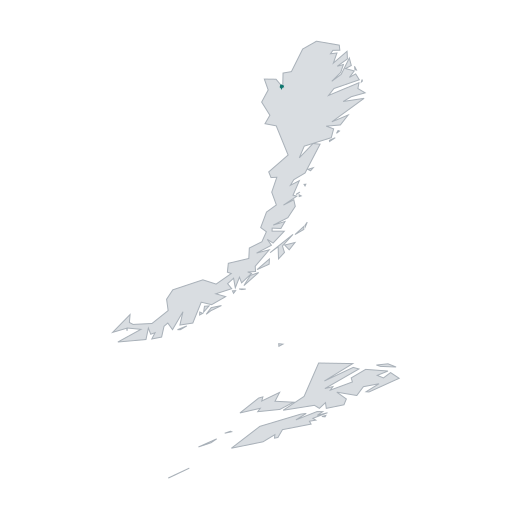 location of Frogn nor, Akershus, Norway, rotated 158°
{"feature_id": "86288312B20700127257552", "entity_name": "Frogn nor", "entity_type": "district", "adm_level": 2, "iso_a3": "NOR", "parent_name": "Norway", "parent_adm1": "Akershus", "projection": "natural_earth1", "projection_center": [10.666, 59.695], "detail": "fine", "context": "in_parent", "style": "filled", "palette": "teal", "viewbox_px": 512, "rotation_deg": 158, "n_neighbors": 0, "source": "geoboundaries", "source_scale": "gbopen_adm2", "svg_char_len": 4721}
<svg xmlns="http://www.w3.org/2000/svg" viewBox="0 0 512 512"><g transform="rotate(158 256 256)"><path d="M303.5,244.9L285.5,249.0L288.6,251.7L284.4,259.6L263.6,256.4L259.2,265.9L245.2,267.0L237.3,274.6L241.0,280.6L229.8,292.8L218.0,295.7L217.5,309.3L207.2,321.2L212.7,323.1L212.7,329.2L188.4,337.6L188.5,369.1L198.1,375.3L190.4,381.3L193.1,396.6L182.5,405.4L182.0,416.9L171.2,412.4L168.0,402.4L162.4,415.5L154.1,413.7L135.2,430.4L119.5,432.5L99.8,420.3L101.2,415.4L107.6,417.9L111.2,415.6L104.9,413.9L112.0,405.9L94.9,411.7L97.4,404.5L109.6,401.5L103.2,400.8L108.8,394.4L120.3,389.6L109.0,392.5L95.3,404.6L96.3,396.9L102.8,396.3L95.6,390.8L102.5,386.6L95.4,387.5L94.2,380.7L121.0,382.1L128.6,377.7L95.6,378.1L98.8,373.1L93.7,366.4L107.9,368.0L117.3,366.6L96.7,361.7L135.4,352.0L117.7,352.2L128.7,345.9L142.3,350.1L136.4,344.8L141.9,337.5L170.1,339.8L179.1,330.8L161.0,338.9L154.7,335.7L179.4,314.6L192.4,312.6L197.6,308.7L187.6,309.6L198.9,298.5L195.7,296.2L211.5,292.9L199.9,294.0L201.0,287.3L212.1,279.6L228.5,278.2L216.2,277.1L222.6,272.2L230.6,275.8L231.8,273.0L220.5,268.4L235.3,261.6L239.3,267.2L237.7,260.2L254.4,258.5L241.4,256.8L260.6,246.8L262.2,241.8L269.7,244.3L266.6,241.5L279.4,236.5L279.3,242.5L287.1,234.3L285.1,243.8L292.7,241.0L290.8,234.8L307.4,236.0L299.4,229.7L315.4,227.5L324.1,233.7L339.7,217.5L352.4,220.5L344.6,231.7L361.0,219.0L362.9,226.9L367.6,225.3L373.9,216.2L383.7,218.1L378.3,222.7L382.9,222.9L382.8,229.5L389.3,219.8L416.3,228.0L390.2,231.1L402.2,237.4L417.5,238.9L394.7,248.9L398.3,241.8L395.6,238.6L377.7,232.4L357.9,238.3L355.1,249.4L345.8,255.8L314.2,253.8L303.5,244.9ZM230.2,85.1L247.9,88.4L246.5,94.0L254.3,91.0L257.8,95.7L288.6,102.8L264.0,107.8L238.0,133.3L206.6,120.0L239.4,114.5L207.6,116.3L202.9,112.7L241.8,107.3L233.6,106.1L237.3,103.8L213.8,103.1L213.4,107.3L196.8,109.8L176.7,99.9L188.3,99.9L183.5,95.2L174.9,97.5L169.1,89.0L202.2,87.6L204.8,88.9L189.8,91.5L205.4,94.6L214.8,88.9L232.1,99.5L225.8,89.6L230.2,85.1ZM267.9,79.5L296.5,85.1L303.7,79.5L307.1,80.2L305.4,83.3L319.1,81.1L350.8,87.0L316.3,96.6L273.6,92.6L268.4,91.2L280.4,89.1L257.7,88.9L252.4,86.7L258.9,85.3L248.4,83.9L264.1,84.2L262.0,81.4L268.4,82.8L267.9,79.5ZM291.3,104.8L312.7,111.0L309.1,113.2L329.7,116.5L306.7,123.3L302.4,122.8L305.0,119.4L285.2,120.7L292.8,114.2L276.0,106.4L291.3,104.8ZM232.0,256.3L241.7,253.8L213.6,262.2L227.7,255.4L228.3,248.6L236.2,244.9L232.0,256.3ZM246.9,243.5L260.1,243.0L244.7,248.2L246.9,243.5ZM259.7,239.7L278.3,233.1L268.6,240.1L259.7,239.7ZM167.7,100.6L181.9,107.0L185.2,109.8L174.0,106.6L167.7,100.6ZM222.9,249.3L225.3,255.4L214.8,253.9L222.9,249.3ZM324.0,220.6L316.9,224.9L306.6,223.0L318.3,222.2L324.0,220.6ZM325.5,223.7L322.6,228.7L318.2,227.3L325.5,223.7ZM201.7,262.7L211.8,261.3L200.8,265.4L201.7,262.7ZM419.8,83.1L397.3,84.3L420.5,82.9L419.8,83.1ZM367.6,99.7L380.9,100.5L360.9,101.2L367.6,99.7ZM346.3,217.1L353.8,216.0L356.4,217.1L346.3,217.1ZM330.4,222.4L329.1,225.1L326.9,222.8L330.4,222.4ZM290.8,229.8L290.9,232.5L287.9,231.5L290.8,229.8ZM268.6,163.7L267.8,166.2L264.1,164.2L268.6,163.7ZM351.4,103.4L345.3,103.1L344.5,102.2L351.4,103.4ZM173.5,314.6L175.5,316.9L169.9,316.4L173.5,314.6ZM277.9,229.2L281.8,230.2L284.0,231.8L277.9,229.2ZM252.3,81.0L255.0,82.5L251.0,82.0L252.3,81.0ZM144.6,335.8L138.2,336.0L144.9,334.6L144.6,335.8ZM135.4,339.6L132.9,341.6L131.8,340.6L135.4,339.6ZM199.2,266.0L195.8,268.2L199.5,264.5L199.2,266.0ZM94.4,391.7L93.6,395.0L93.2,390.8L94.4,391.7ZM193.1,296.6L191.6,294.8L193.7,294.9L193.1,296.6ZM403.6,234.9L403.0,237.1L402.7,236.7L403.6,234.9ZM194.9,298.4L191.3,298.8L195.7,297.9L194.9,298.4ZM184.3,302.6L184.6,304.4L182.9,303.9L184.3,302.6ZM93.1,377.9L91.5,379.9L91.9,378.3L93.1,377.9Z" fill="#d9dde1" stroke="#a8b0b8" stroke-width="1"/><path d="M169.1,404.5L169.1,404.4L169.0,404.2L169.3,404.1L169.5,404.1L169.6,403.9L169.8,403.8L169.9,403.7L170.0,403.5L170.0,403.4L169.9,403.3L169.7,403.2L169.6,403.3L169.5,403.2L169.7,402.9L169.6,402.7L169.4,402.6L169.5,402.6L169.5,402.4L169.5,402.2L169.5,402.3L169.5,402.2L169.4,402.3L169.2,402.4L168.9,402.4L168.7,402.5L168.5,402.8L168.5,403.0L168.4,403.1L168.2,403.1L167.9,403.0L167.9,403.3L168.0,403.3L168.0,403.5L168.2,403.8L168.3,403.9L168.2,403.8L168.3,403.8L168.3,403.7L168.5,403.5L168.6,403.4L168.6,403.5L168.4,403.6L168.5,403.6L168.4,403.6L168.4,403.8L168.4,404.0L168.4,404.3L168.5,404.4L168.5,404.5L168.6,404.8L168.7,405.0L168.8,405.0L168.9,404.9L169.0,404.9L169.1,404.7L169.1,404.5ZM167.6,403.2L167.4,403.2L167.3,403.3L167.5,403.4L167.4,403.4L167.4,403.5L167.5,403.6L167.6,403.8L167.8,403.9L167.8,404.0L168.0,404.0L168.0,403.9L167.9,403.8L167.9,403.7L167.7,403.6L167.5,403.4L167.5,403.5L167.5,403.4L167.6,403.2L167.6,403.2Z" fill="#14b8a6" stroke="#0f766e" stroke-width="1.5"/></g></svg>